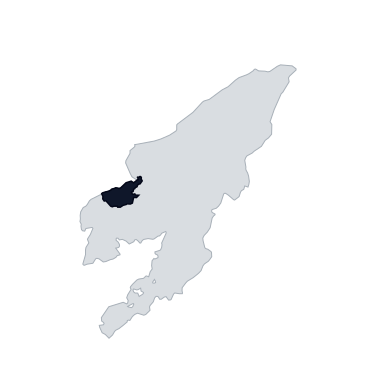 location of Talas, Talas, Kyrgyzstan, rotated 321°
{"feature_id": "92254566B96256320662490", "entity_name": "Talas", "entity_type": "district", "adm_level": 2, "iso_a3": "KGZ", "parent_name": "Kyrgyzstan", "parent_adm1": "Talas", "projection": "natural_earth1", "projection_center": [73.078, 42.39], "detail": "fine", "context": "in_parent", "style": "filled", "palette": "ink", "viewbox_px": 384, "rotation_deg": 321, "n_neighbors": 0, "source": "geoboundaries", "source_scale": "gbopen_adm2", "svg_char_len": 5467}
<svg xmlns="http://www.w3.org/2000/svg" viewBox="0 0 384 384"><g transform="rotate(321 192 192)"><path d="M83.8,227.5L84.7,226.9L87.7,226.3L93.8,225.7L95.9,226.2L100.0,228.6L103.2,228.3L103.8,228.6L105.0,230.6L109.4,227.6L112.6,226.8L114.3,223.8L117.7,220.3L120.6,219.7L120.7,220.3L121.2,220.8L124.2,221.6L125.1,220.7L125.6,219.4L124.6,217.3L124.6,216.5L125.5,215.2L130.3,217.1L131.3,217.1L133.5,216.0L135.5,214.1L136.3,212.6L146.0,207.7L146.7,206.8L146.6,206.1L142.5,205.0L140.6,205.6L138.9,205.6L137.9,204.9L132.9,204.6L131.8,204.1L128.6,200.6L124.5,198.4L122.5,198.5L120.1,199.4L119.4,199.0L119.2,195.7L118.7,193.7L117.3,193.2L115.5,194.0L110.5,192.9L109.9,188.7L108.1,185.0L105.4,183.5L105.4,181.3L104.4,180.4L103.6,180.6L102.6,181.8L103.1,184.2L102.7,186.7L102.1,187.9L101.0,188.8L99.7,188.8L97.4,187.6L97.0,195.0L96.5,195.5L93.8,194.4L91.7,194.9L88.4,194.4L86.0,193.2L81.2,191.8L79.0,190.5L77.7,185.5L76.4,183.7L75.1,183.3L70.1,185.0L64.9,182.0L62.4,181.3L61.7,180.4L61.8,179.3L69.8,173.7L72.9,169.9L74.8,168.3L79.8,166.6L80.9,163.1L81.4,162.7L86.4,161.0L92.1,157.9L92.2,157.1L91.6,156.4L86.6,153.6L84.0,154.9L82.5,153.2L82.5,151.6L84.2,148.7L85.7,147.3L86.3,144.5L88.3,142.7L90.4,139.8L93.0,137.4L97.7,135.6L100.4,136.2L102.8,135.8L106.7,134.3L109.0,134.2L118.9,136.4L122.1,136.5L129.7,139.4L135.7,140.8L138.7,143.6L148.2,144.8L150.9,145.6L151.8,147.0L154.6,148.7L156.9,149.1L154.9,142.4L155.7,138.5L158.7,127.7L160.3,126.1L168.1,123.0L169.9,120.8L175.5,120.8L176.6,120.4L177.2,119.1L194.6,128.6L201.2,131.2L210.3,133.7L218.0,134.5L219.4,133.9L222.4,130.2L223.8,130.0L242.9,130.7L256.6,128.7L258.5,128.8L263.7,130.9L279.8,131.6L286.2,132.9L296.2,132.4L300.5,132.7L308.2,135.3L310.8,135.9L315.8,136.3L317.7,135.9L318.8,136.5L320.0,139.8L324.8,144.1L326.6,146.4L328.4,147.3L337.4,148.0L340.8,148.9L349.2,157.0L350.4,161.7L349.6,162.7L340.8,163.3L338.8,164.0L336.8,167.5L325.1,171.7L323.3,171.7L307.7,179.7L296.9,186.5L296.5,189.8L290.2,197.2L285.5,198.1L281.4,197.9L274.7,200.2L266.1,199.4L263.2,199.6L257.5,198.5L255.3,199.1L252.9,200.6L249.6,206.5L248.3,207.9L247.7,209.3L247.2,212.2L246.0,215.2L243.2,219.9L240.8,222.0L238.6,223.4L236.8,220.5L233.9,222.5L231.2,222.1L229.5,222.7L225.7,225.2L220.1,225.1L219.5,224.2L218.3,217.4L217.3,214.2L216.5,213.5L215.5,213.4L207.4,218.7L203.7,219.7L200.6,219.9L196.6,218.3L195.7,218.7L195.0,219.5L194.8,220.6L196.0,223.6L195.6,224.2L193.8,224.2L191.3,224.9L183.6,231.2L178.7,232.8L174.1,233.4L171.4,234.6L169.9,236.9L166.9,243.4L167.1,244.7L168.3,246.5L169.3,250.4L169.0,251.4L166.6,254.7L163.5,255.6L161.1,256.1L156.4,255.7L154.0,256.3L149.6,258.8L145.9,259.3L139.1,259.3L132.3,258.4L130.1,258.7L124.1,260.2L122.1,262.5L121.0,264.6L120.4,264.9L118.0,262.9L115.0,259.6L113.5,259.7L108.1,262.4L107.3,262.3L105.8,261.3L106.0,257.0L104.3,256.2L100.6,256.0L99.4,255.0L99.8,252.3L99.4,251.3L98.4,250.5L96.5,250.7L92.7,253.0L88.2,253.8L86.7,254.5L84.9,257.5L78.9,258.1L77.0,257.4L73.4,251.9L70.4,251.1L67.2,251.3L62.9,252.7L61.9,251.5L60.8,251.2L59.8,252.2L54.6,252.3L49.2,252.2L46.2,251.5L44.2,251.6L40.3,253.1L35.5,253.4L35.0,248.2L33.6,244.8L35.1,239.1L36.0,237.3L39.5,239.4L40.8,239.0L41.2,237.9L40.6,235.4L42.5,232.6L55.1,228.8L69.1,234.4L70.9,237.9L72.1,237.8L74.1,236.2L74.7,233.1L77.4,231.4L83.4,229.3L83.8,227.5ZM90.9,240.0L91.1,239.5L90.1,236.9L91.6,234.4L88.7,234.0L87.3,233.2L85.7,230.7L85.1,230.6L84.3,231.3L83.8,232.9L84.2,234.7L86.2,236.4L85.2,239.9L89.4,240.4L90.9,240.0ZM76.2,242.5L76.2,241.7L75.2,241.4L69.9,240.4L70.1,241.1L72.1,243.7L73.6,243.9L76.2,242.5ZM107.5,237.9L107.8,236.3L104.6,237.3L104.3,238.1L105.3,239.1L106.7,239.5L107.5,237.9Z" fill="#d9dde1" stroke="#a8b0b8" stroke-width="1"/><path d="M146.6,154.5L147.1,154.1L147.4,153.8L147.8,153.6L148.3,153.1L148.6,153.1L148.9,153.1L149.5,153.4L149.9,153.3L150.1,153.2L150.3,153.0L150.5,152.9L151.0,152.8L151.5,153.0L152.0,153.3L152.4,153.3L152.7,153.3L153.0,153.1L153.2,152.8L153.5,152.6L154.0,152.5L154.5,152.4L155.2,152.4L155.8,152.5L156.7,153.0L157.2,152.9L157.5,152.8L157.9,152.7L158.3,152.6L158.7,152.4L159.5,152.3L159.8,152.2L160.1,152.1L160.3,151.8L160.5,151.6L160.5,151.2L160.5,150.6L160.6,150.2L161.0,149.6L161.6,149.1L161.8,148.6L161.8,147.9L161.7,147.6L161.3,147.2L161.0,147.1L160.8,147.1L160.6,147.2L160.5,147.4L160.3,147.4L160.0,147.2L159.9,147.1L159.6,146.6L159.4,146.4L159.1,146.2L158.9,146.2L158.8,146.3L158.8,146.5L158.7,147.0L158.6,147.4L158.5,147.9L158.4,148.2L158.2,148.5L157.9,148.6L157.7,148.5L157.5,148.1L152.4,148.2L151.6,145.3L146.6,143.3L139.3,143.9L138.2,143.7L137.7,143.5L137.5,143.3L137.0,142.9L136.8,142.6L136.8,142.4L136.3,141.7L135.5,140.8L135.1,140.6L134.5,140.5L133.3,140.1L132.1,139.5L131.6,139.3L131.0,139.2L130.2,139.4L129.9,139.4L129.6,139.3L129.3,139.3L129.1,139.2L128.5,139.1L127.3,138.7L126.1,138.2L125.8,138.0L125.7,137.9L125.1,137.6L123.7,137.1L122.8,136.7L122.3,136.5L121.7,136.4L120.9,136.4L120.7,136.5L120.0,139.4L118.3,141.2L118.1,143.8L119.0,144.1L119.6,145.1L119.9,151.8L120.7,153.3L122.4,153.9L124.9,155.9L124.7,157.0L126.8,158.7L130.1,159.0L133.0,160.3L133.9,160.2L136.6,162.6L138.7,163.1L143.2,159.5L145.4,161.4L148.6,161.0L147.1,159.7L146.5,159.2L146.3,159.0L146.2,158.5L146.2,158.1L146.3,157.9L146.4,157.6L146.2,157.4L145.9,157.2L145.3,157.0L145.2,157.0L144.9,156.8L144.6,156.7L144.4,156.1L144.4,155.9L144.5,155.5L144.5,155.0L144.5,154.6L144.7,154.1L144.9,154.0L145.0,154.0L145.4,154.0L145.6,154.2L145.8,154.4L146.2,154.5L146.6,154.5Z" fill="#0f172a" stroke="#020617" stroke-width="1.5"/></g></svg>